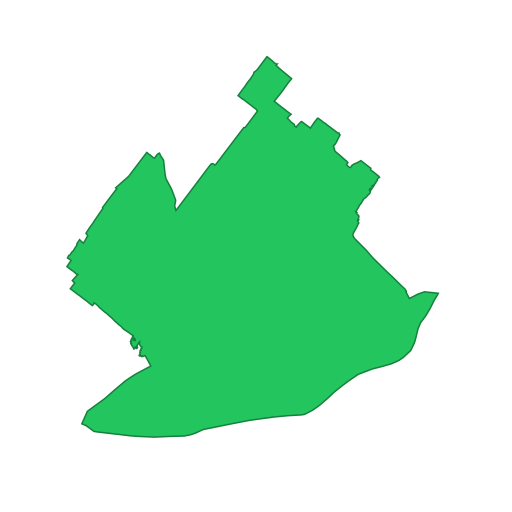 the district of Gogosu, Mehedinti, Romania, rotated 279°
{"feature_id": "2599482B64011010556903", "entity_name": "Gogosu", "entity_type": "district", "adm_level": 2, "iso_a3": "ROU", "parent_name": "Romania", "parent_adm1": "Mehedinti", "projection": "orthographic", "projection_center": [22.618, 44.365], "detail": "fine", "context": "isolated", "style": "filled", "palette": "green", "viewbox_px": 512, "rotation_deg": 279, "n_neighbors": 0, "source": "geoboundaries", "source_scale": "gbopen_adm2", "svg_char_len": 6047}
<svg xmlns="http://www.w3.org/2000/svg" viewBox="0 0 512 512"><g transform="rotate(279 256 256)"><path d="M389.2,320.3L388.9,320.0L388.8,319.7L389.5,319.2L390.3,318.9L390.5,318.6L390.3,317.6L394.0,310.6L395.1,308.7L395.3,308.1L396.8,305.4L397.1,305.0L397.3,304.3L398.1,303.2L398.6,301.6L400.1,299.2L400.9,297.5L401.3,296.9L401.8,295.8L401.8,295.5L401.4,295.0L397.0,292.6L392.2,290.3L390.8,289.8L394.1,283.6L394.2,283.3L394.6,282.6L396.0,280.0L395.1,279.0L390.8,276.1L390.4,275.9L389.9,275.9L389.7,275.7L389.7,275.4L390.0,274.6L390.8,273.6L392.0,273.1L393.4,270.5L393.9,269.5L395.5,267.7L397.0,265.4L399.5,266.8L401.5,268.5L402.0,267.4L403.3,264.9L403.6,264.5L403.9,263.6L404.4,262.9L404.8,262.4L405.3,261.2L406.0,260.2L406.5,259.0L409.7,253.3L410.1,252.8L411.4,250.3L411.7,249.8L420.7,255.0L425.1,257.3L427.2,258.3L430.8,260.1L433.8,261.7L435.7,263.0L436.8,263.4L437.2,262.6L439.3,259.2L441.7,255.0L445.7,248.5L446.9,246.8L447.2,246.1L448.7,246.8L448.6,246.6L448.7,246.3L449.2,245.7L449.2,245.4L449.0,244.9L451.3,241.5L454.6,235.8L454.4,235.5L441.8,228.9L439.9,227.8L439.6,227.7L437.1,225.2L435.2,225.1L430.6,223.0L425.4,220.1L420.9,218.1L419.7,217.3L417.9,216.5L417.5,216.2L411.6,213.2L408.8,218.2L408.7,218.9L400.8,233.4L400.1,234.1L399.8,234.2L399.2,234.7L381.3,225.3L380.9,223.8L339.7,201.7L339.4,201.3L340.3,199.5L340.4,198.2L339.7,197.2L339.4,196.9L297.4,174.6L288.4,169.8L292.8,167.8L297.0,168.0L298.1,168.0L299.0,167.7L307.2,163.1L309.7,161.5L318.4,154.9L323.3,153.2L335.9,149.8L337.1,148.9L338.1,148.0L340.7,145.7L342.5,144.6L342.0,143.6L341.0,142.7L340.1,142.1L337.0,140.6L336.8,140.3L336.7,140.1L336.8,139.7L338.4,136.9L339.4,135.4L339.8,134.2L340.4,133.2L341.0,132.5L341.2,131.9L314.7,117.7L301.4,106.7L300.7,107.9L289.5,101.9L279.8,96.8L279.1,97.3L265.4,90.8L263.0,89.8L258.2,87.3L253.0,85.0L252.0,84.6L251.5,84.6L250.9,85.6L249.8,86.6L243.9,84.5L241.7,83.5L243.4,80.7L243.7,80.4L244.6,79.2L240.1,77.2L239.7,77.1L239.3,77.5L238.7,77.4L234.2,75.3L233.6,75.3L232.2,74.6L232.1,74.2L231.6,73.8L227.9,72.0L227.6,71.6L227.4,71.0L224.6,70.1L222.9,73.8L222.6,74.0L221.0,73.3L218.2,71.9L215.9,70.9L213.1,76.1L212.4,77.8L210.1,81.4L209.8,82.3L209.8,82.8L203.2,78.5L202.9,78.4L202.7,78.6L201.3,80.8L200.9,81.2L198.8,80.0L194.6,77.7L185.1,95.6L181.4,102.0L181.7,102.4L183.2,103.2L184.2,103.3L183.9,103.6L183.9,104.5L183.5,105.5L182.1,107.7L180.7,109.3L176.8,115.6L176.0,117.3L173.6,120.9L172.3,123.2L169.9,126.3L166.5,131.6L165.2,134.0L163.6,135.8L163.6,136.0L162.6,137.5L161.4,140.4L161.0,141.2L160.5,142.3L159.3,144.5L158.3,146.7L158.3,147.0L158.2,147.1L157.0,146.7L156.9,146.8L156.9,147.2L156.2,148.2L155.3,149.2L154.5,149.8L154.0,150.0L153.6,149.9L153.5,149.2L153.7,148.6L154.5,147.9L155.4,146.6L155.4,146.2L153.7,145.8L153.4,146.1L152.9,146.5L152.0,145.9L152.2,145.5L151.8,145.3L151.2,145.9L151.0,146.3L150.5,146.5L150.1,146.0L149.9,146.0L147.9,147.6L146.4,149.1L145.1,149.7L145.0,150.0L145.6,150.2L146.2,150.2L147.3,151.1L146.9,151.6L146.3,151.5L146.1,151.9L146.1,152.2L145.9,152.3L146.0,152.7L146.9,153.3L147.5,153.1L147.6,152.9L148.1,152.8L148.3,152.4L148.8,152.3L149.7,152.9L152.4,154.0L152.8,154.3L152.4,154.3L152.1,154.6L151.6,154.6L151.6,154.2L151.4,154.1L148.8,156.1L148.4,156.8L147.8,157.2L147.9,157.5L147.0,157.5L146.8,157.5L146.2,156.7L145.2,157.2L144.6,156.4L144.2,156.2L143.2,156.7L143.1,156.8L143.0,156.6L142.5,156.6L142.2,156.4L141.4,156.6L140.5,157.2L140.0,156.3L139.6,156.1L139.1,156.5L139.0,157.3L139.5,157.8L139.2,158.2L139.1,158.5L138.8,158.8L138.8,159.1L139.1,159.1L139.2,158.9L139.3,159.5L139.6,160.0L139.3,160.6L140.3,162.0L138.4,163.6L130.9,169.3L120.7,155.8L115.9,150.4L112.1,146.4L101.7,137.4L91.6,129.0L76.3,113.8L63.0,110.2L61.9,114.7L57.4,123.4L57.4,127.0L58.8,160.8L59.4,168.1L61.2,183.8L64.5,200.0L67.0,213.4L68.9,218.6L70.2,221.3L71.6,223.9L76.4,231.1L86.9,259.4L92.7,275.4L99.5,297.9L103.1,311.8L106.2,325.9L107.2,328.8L112.3,335.7L115.9,339.5L118.9,342.5L127.1,349.4L133.4,354.2L141.2,361.3L146.9,366.8L155.1,375.5L162.6,388.5L166.2,396.9L170.7,406.6L175.3,413.6L179.0,417.5L186.8,423.6L195.2,426.1L200.3,426.7L209.5,427.4L216.0,429.1L223.4,433.0L231.1,436.1L240.6,439.1L246.1,441.4L247.7,441.9L247.0,428.0L243.5,421.6L238.0,414.1L243.4,410.2L243.5,409.9L244.7,410.1L244.8,410.0L246.9,408.0L249.0,404.8L256.7,394.1L260.5,388.4L272.3,371.9L279.0,363.9L288.8,350.5L290.9,348.8L291.4,348.7L292.4,348.3L293.0,348.3L294.3,348.9L294.8,348.8L296.1,349.5L298.5,350.3L299.4,350.7L302.8,351.7L303.6,351.8L304.6,352.4L305.0,352.2L305.7,351.4L306.2,351.1L306.8,351.0L306.8,350.9L307.0,350.8L307.6,350.7L307.8,350.9L308.0,351.2L307.8,351.3L307.6,351.7L308.0,351.7L308.1,351.8L309.1,351.2L310.5,351.5L311.0,351.5L311.8,351.2L313.4,349.0L313.9,348.7L314.3,348.8L314.5,348.6L314.8,348.8L315.1,347.9L315.1,347.6L315.6,347.3L315.8,347.7L316.8,348.3L319.7,349.5L321.2,350.0L322.1,350.1L322.5,350.3L323.3,351.1L323.9,351.2L324.6,351.7L325.3,351.9L327.0,352.7L328.6,353.1L329.7,354.0L330.9,355.3L334.0,357.3L334.7,358.0L336.0,358.7L337.8,358.9L338.3,358.4L338.2,358.1L338.6,357.9L338.9,357.8L339.1,358.0L339.5,357.8L339.7,358.0L340.0,357.9L340.7,358.2L340.7,358.4L340.1,359.1L339.7,359.0L339.6,358.7L339.9,358.3L339.3,358.7L339.1,358.9L339.4,359.5L341.2,360.1L341.9,360.6L342.9,360.9L342.6,360.2L343.0,359.5L343.3,359.5L343.6,359.7L343.6,360.2L343.7,360.4L343.9,360.5L344.4,361.0L344.1,361.0L343.9,361.3L344.0,361.5L344.4,361.8L346.0,362.1L346.4,362.6L347.2,363.0L347.9,362.9L348.6,363.1L349.3,363.9L349.9,364.0L350.5,363.8L351.1,364.0L351.8,364.5L353.1,365.7L353.9,364.9L357.4,358.8L358.9,355.8L360.6,355.7L366.6,344.7L364.0,341.4L362.3,338.6L361.5,337.6L360.6,336.6L358.9,335.9L358.3,335.4L358.1,335.1L358.1,334.5L359.7,331.8L360.2,331.3L360.6,331.1L362.3,332.1L362.6,332.1L363.1,331.7L364.1,330.3L364.3,329.6L364.7,329.3L365.5,328.0L365.6,327.5L366.1,327.0L368.1,323.9L369.9,320.9L370.2,320.3L370.8,319.5L371.4,318.3L372.5,317.2L374.6,316.5L374.9,316.2L376.4,315.4L376.6,315.5L377.0,315.3L377.3,315.4L378.0,316.3L378.4,316.5L381.4,317.8L383.9,318.5L389.2,320.3Z" fill="#22c55e" stroke="#15803d" stroke-width="1.5"/></g></svg>